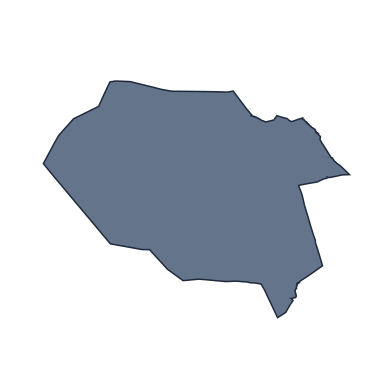 Trysil nor, Hedmark, Norway (Equal Earth projection), rotated 191°
{"feature_id": "86288312B82659531388015", "entity_name": "Trysil nor", "entity_type": "district", "adm_level": 2, "iso_a3": "NOR", "parent_name": "Norway", "parent_adm1": "Hedmark", "projection": "equal_earth", "projection_center": [11.926, 61.356], "detail": "fine", "context": "isolated", "style": "filled", "palette": "slate", "viewbox_px": 384, "rotation_deg": 191, "n_neighbors": 0, "source": "geoboundaries", "source_scale": "gbopen_adm2", "svg_char_len": 4830}
<svg xmlns="http://www.w3.org/2000/svg" viewBox="0 0 384 384"><g transform="rotate(191 192 192)"><path d="M40.7,239.1L50.7,245.6L53.3,247.0L53.7,247.0L54.0,247.1L54.3,247.2L54.3,247.3L54.7,247.6L55.1,247.7L55.6,248.1L55.9,248.3L56.4,248.5L56.6,248.5L57.0,248.8L57.1,249.0L57.5,249.2L58.3,249.5L58.5,249.7L58.5,249.9L58.8,250.1L58.8,250.3L59.0,250.5L59.5,250.8L59.8,251.1L60.0,251.4L60.8,251.8L61.2,252.1L61.4,252.2L61.3,252.3L62.0,252.4L62.4,252.7L62.4,252.8L62.6,253.0L70.3,261.3L71.4,262.4L71.7,262.8L74.0,265.1L76.4,268.0L76.5,270.9L77.0,271.2L77.0,271.3L77.6,271.6L78.1,272.0L78.5,272.1L78.7,272.4L79.0,272.5L79.2,272.9L79.4,273.0L79.5,273.2L79.4,273.3L79.6,273.3L79.9,273.4L80.0,273.5L80.3,273.6L80.2,273.6L80.4,273.7L80.4,273.8L80.6,273.8L80.8,274.0L81.0,274.0L80.9,274.1L81.0,274.1L81.4,274.2L81.5,274.3L81.9,274.7L81.7,275.0L81.8,275.1L82.2,275.3L82.3,275.5L82.5,275.8L82.9,276.2L82.9,276.3L82.8,276.5L83.1,276.6L83.3,276.8L83.5,276.8L83.5,277.0L83.9,277.0L84.2,277.3L84.5,277.4L84.8,277.6L85.1,277.7L85.5,277.9L86.0,277.9L86.3,278.1L86.7,278.2L86.8,278.3L87.1,278.3L87.3,278.4L87.4,278.5L87.5,278.6L87.7,278.8L87.7,279.0L87.8,279.0L88.0,279.2L88.1,279.3L88.7,279.4L89.0,279.6L89.3,279.8L89.2,279.9L89.3,280.0L89.5,280.2L89.8,280.2L90.1,280.3L90.3,280.4L90.3,280.5L90.5,280.6L90.6,280.8L91.4,281.1L91.3,281.3L91.7,281.4L91.9,281.6L92.3,281.6L92.2,281.8L92.3,282.0L92.6,282.3L92.7,282.5L92.8,282.5L93.1,282.7L93.4,282.7L93.5,282.8L94.0,282.9L94.5,283.1L94.8,283.3L94.8,283.6L95.0,283.7L95.2,283.8L95.3,283.9L95.5,284.1L96.0,284.2L95.9,284.3L95.7,284.3L95.9,284.5L96.1,284.6L96.4,284.5L96.6,284.7L97.3,284.8L97.8,284.9L97.8,285.0L97.6,285.1L97.7,285.3L97.5,285.5L97.5,285.8L100.6,284.2L107.8,280.0L108.6,280.3L109.0,280.2L109.4,280.6L110.4,280.9L111.3,281.4L112.5,282.1L113.3,282.4L113.8,282.2L115.6,282.4L118.6,282.6L123.3,283.1L124.6,280.0L125.0,279.2L125.3,278.3L131.3,275.6L132.9,275.0L133.4,274.7L133.8,274.9L134.1,275.0L134.7,275.1L135.2,275.4L135.7,275.4L136.5,275.2L136.7,275.3L136.9,275.6L137.1,275.6L137.5,275.7L137.7,275.8L137.9,275.8L138.0,275.9L138.2,276.0L138.4,276.1L138.7,276.2L138.8,276.3L139.0,276.4L139.4,276.4L139.5,276.5L140.2,276.6L140.4,276.7L140.6,276.7L140.9,276.8L141.1,276.9L141.2,277.1L141.6,277.1L142.0,277.3L143.0,277.4L143.1,277.6L143.4,277.8L143.8,277.8L143.9,277.7L144.1,277.8L144.4,277.9L144.7,277.9L144.8,278.0L145.0,278.0L145.1,277.8L145.4,277.7L145.6,277.8L145.9,277.7L145.9,277.8L145.9,278.1L146.3,278.1L146.5,278.2L146.8,278.2L147.4,278.0L147.5,278.0L147.4,278.1L147.5,278.1L148.2,278.1L148.5,278.1L148.6,278.3L148.4,278.4L148.5,278.5L148.2,278.9L148.4,279.0L148.4,279.4L148.6,279.5L148.9,279.5L149.1,279.7L149.8,280.3L150.4,280.9L150.9,281.2L151.2,281.7L151.4,282.0L152.1,282.3L152.8,282.8L153.5,283.4L153.9,283.7L154.7,284.4L163.4,292.2L166.8,295.3L170.9,299.0L175.9,296.9L189.9,294.6L214.1,290.2L230.9,287.1L241.5,286.9L261.4,288.0L271.1,288.4L271.6,288.6L274.4,288.5L285.4,286.8L286.9,286.6L289.9,285.9L290.6,285.4L293.4,284.5L293.7,283.9L296.9,271.3L300.0,258.2L322.2,241.3L333.6,222.2L337.0,212.0L338.0,208.7L338.7,206.5L343.3,191.5L335.1,184.6L262.2,125.5L229.8,126.0L222.7,127.3L201.2,111.4L183.8,103.3L168.8,107.7L163.0,108.4L141.8,110.5L135.0,112.1L132.5,112.8L131.6,112.8L128.5,113.3L127.7,113.4L126.8,113.4L125.9,113.5L122.2,114.0L121.3,114.2L117.1,114.0L113.7,114.6L112.6,114.7L106.5,114.8L102.1,109.6L84.0,85.0L77.0,91.7L74.1,100.2L72.3,104.2L72.1,104.8L72.8,105.4L73.5,105.9L73.7,106.1L74.3,106.4L74.0,106.5L73.1,106.9L72.7,106.9L72.5,107.3L72.2,107.4L72.1,107.5L71.3,107.9L71.0,108.0L70.6,107.9L70.4,108.0L70.1,108.4L69.9,108.8L69.9,109.1L69.8,109.3L69.8,109.7L69.8,109.9L69.8,110.1L69.9,110.3L70.0,110.7L70.3,110.9L70.7,111.1L70.7,111.9L70.7,112.0L70.9,112.4L70.9,112.6L71.0,112.7L71.3,113.2L71.5,113.4L71.6,113.5L71.8,113.8L71.9,114.0L72.0,114.3L71.9,114.7L71.8,114.8L71.8,115.0L71.8,115.4L71.9,115.5L71.9,115.8L71.8,116.0L71.7,116.4L71.7,116.5L71.4,116.7L71.3,116.8L70.9,117.4L71.0,117.6L71.2,117.8L71.5,118.8L71.5,119.0L71.2,119.2L71.1,119.4L71.2,119.7L71.2,119.9L71.3,120.0L71.2,120.4L71.3,120.6L71.0,120.9L71.0,121.1L71.2,121.4L71.3,121.7L70.6,122.2L71.4,122.5L71.2,122.8L70.9,123.1L69.6,123.5L69.1,123.6L69.1,124.9L61.5,132.3L49.8,144.5L58.2,160.6L61.0,165.4L61.8,168.3L64.5,172.8L65.0,173.7L65.3,174.3L65.7,174.9L66.5,176.5L66.8,177.1L67.1,177.6L67.3,178.0L67.6,178.5L68.0,179.3L69.3,181.8L70.3,183.7L73.5,189.9L73.8,190.4L74.1,191.0L75.1,192.9L75.9,194.4L76.0,194.5L76.1,194.8L76.2,195.0L76.8,196.1L79.2,200.7L82.9,209.2L83.5,210.3L85.3,213.4L87.9,217.5L88.5,218.8L88.2,219.0L87.1,219.5L79.0,222.7L71.0,225.7L65.4,229.9L65.1,230.1L64.8,230.1L64.5,230.3L64.1,230.5L63.6,230.6L62.1,231.4L61.9,231.8L62.0,232.2L62.3,232.5L62.2,232.6L60.7,232.2L58.5,232.9L55.5,234.2L55.1,234.3L48.0,237.4L40.7,239.1Z" fill="#64748b" stroke="#1e293b" stroke-width="1.5"/></g></svg>